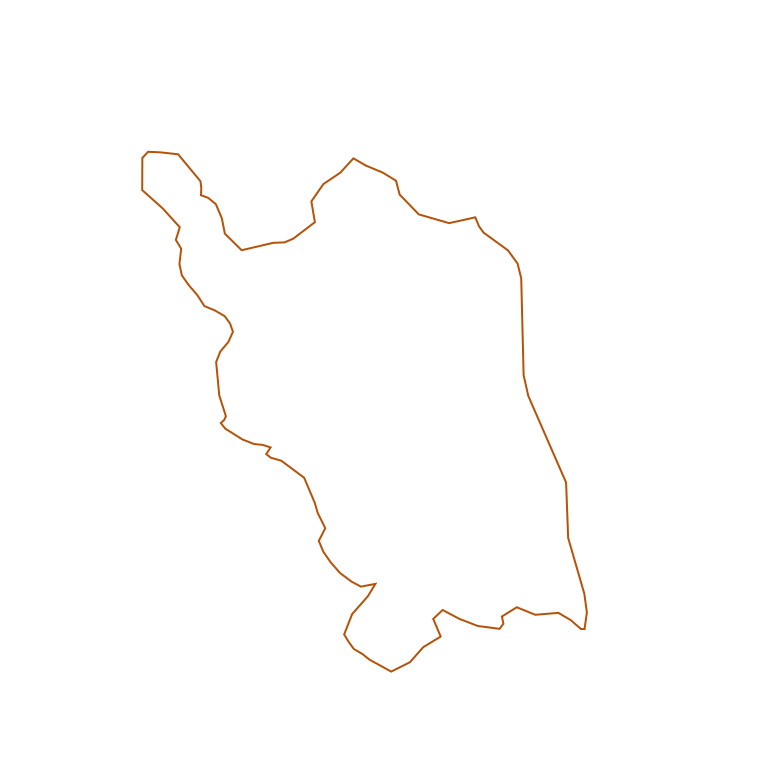 SVG path tracing the border of Pleven, rotated 70°
{"feature_id": "BGR-2248", "entity_name": "Pleven", "entity_type": "Province", "adm_level": 1, "iso_a3": "BGR", "parent_name": "Bulgaria", "parent_adm1": "", "projection": "robinson", "projection_center": [24.614, 43.502], "detail": "fine", "context": "isolated", "style": "outline", "palette": "amber", "viewbox_px": 768, "rotation_deg": 70, "n_neighbors": 0, "source": "natural_earth", "source_scale": "10m", "svg_char_len": 1409}
<svg xmlns="http://www.w3.org/2000/svg" viewBox="0 0 768 768"><g transform="rotate(70 384 384)"><path d="M316.5,217.3L331.6,218.9L403.9,243.2L423.5,249.8L444.6,252.5L538.9,246.6L591.7,263.6L649.7,267.5L668.1,271.5L682.9,279.4L681.6,282.7L669.6,289.4L658.7,298.4L652.6,320.8L639.2,335.6L642.8,352.7L650.1,353.8L653.6,359.1L643.5,378.6L630.6,393.4L616.4,406.2L621.6,418.1L640.7,417.1L644.7,437.1L654.3,454.8L656.7,475.6L638.2,491.8L630.1,496.8L622.7,503.0L614.2,505.4L605.7,507.1L589.3,492.6L577.9,471.7L568.9,460.5L566.5,475.0L558.6,482.1L546.7,489.9L533.3,495.1L520.8,498.4L509.1,498.9L499.4,488.5L482.5,490.4L472.1,489.7L444.8,491.1L420.9,506.8L414.6,515.5L409.6,518.7L404.8,512.3L399.7,518.8L396.0,526.6L387.6,536.1L371.7,548.4L364.8,550.7L363.2,546.6L360.2,543.6L338.3,542.7L305.9,534.2L297.4,526.6L291.3,515.9L283.3,508.1L274.5,508.0L265.9,510.4L257.0,517.8L249.4,526.1L236.7,529.0L223.6,533.9L212.7,536.8L201.3,535.2L187.5,528.3L177.4,530.3L166.8,522.3L143.1,532.0L119.1,544.9L89.0,533.8L85.1,526.3L89.7,515.2L97.7,498.9L130.8,487.1L137.4,488.7L144.0,491.4L149.0,485.5L157.5,480.5L172.7,479.7L188.3,482.1L209.6,472.0L213.4,439.9L216.9,429.1L216.4,419.6L208.3,393.6L187.6,389.8L175.4,372.6L170.4,352.6L161.5,335.6L172.7,326.2L184.9,312.9L197.1,303.2L211.4,304.5L236.5,293.3L255.1,267.8L258.6,241.2L268.2,240.8L275.9,238.6L300.8,221.8L316.5,217.3Z" fill="none" stroke="#b45309" stroke-width="2"/></g></svg>